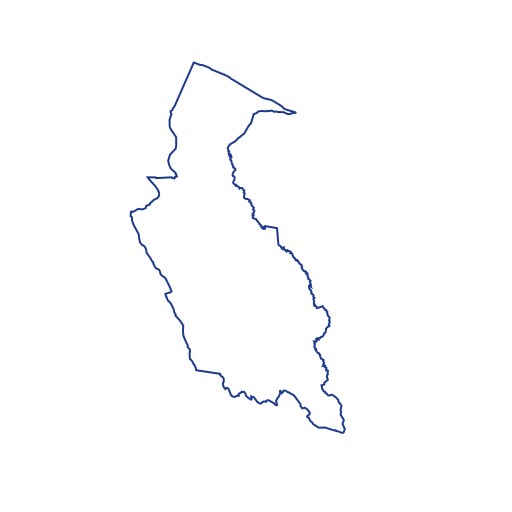 outline of Bakan, Pouthisat, Cambodia, rotated 146°
{"feature_id": "14789045B65386681247425", "entity_name": "Bakan", "entity_type": "district", "adm_level": 2, "iso_a3": "KHM", "parent_name": "Cambodia", "parent_adm1": "Pouthisat", "projection": "equal_earth", "projection_center": [103.706, 12.696], "detail": "fine", "context": "isolated", "style": "outline", "palette": "blue", "viewbox_px": 512, "rotation_deg": 146, "n_neighbors": 0, "source": "geoboundaries", "source_scale": "gbopen_adm2", "svg_char_len": 6132}
<svg xmlns="http://www.w3.org/2000/svg" viewBox="0 0 512 512"><g transform="rotate(146 256 256)"><path d="M232.8,312.1L230.5,314.0L230.6,315.6L229.0,316.9L229.7,318.5L229.3,319.9L230.8,321.0L232.0,321.1L231.6,322.9L232.3,323.8L232.5,325.1L233.5,325.4L233.0,326.5L233.5,327.0L234.1,328.9L233.4,330.3L231.1,331.4L229.9,332.9L229.6,334.1L230.3,335.0L230.4,335.7L229.1,337.5L226.1,338.8L225.3,338.6L224.5,339.4L224.6,340.7L225.4,342.1L224.6,342.9L224.8,343.2L224.7,344.6L224.0,345.8L224.2,346.7L223.2,348.6L223.4,350.1L222.9,350.4L223.0,351.1L221.9,352.7L221.0,351.8L220.7,352.2L220.6,353.3L221.5,354.0L220.4,354.2L220.4,354.7L221.5,355.6L221.4,356.2L220.0,357.5L220.3,357.7L220.3,358.5L219.7,358.8L219.3,361.1L217.3,362.4L214.9,363.1L209.1,362.7L205.5,363.5L197.3,364.1L189.1,368.1L186.2,368.7L179.5,374.0L178.8,374.9L175.1,374.1L173.8,374.6L171.1,373.6L166.5,370.2L165.0,369.8L163.9,368.6L162.0,368.0L160.0,365.2L158.2,364.3L157.1,362.9L152.8,359.9L150.5,356.2L149.3,355.1L144.8,353.6L142.6,352.2L143.6,353.9L148.3,359.4L150.5,362.7L150.5,364.2L151.6,367.3L155.1,375.0L156.5,377.3L161.3,382.4L162.5,384.6L177.4,416.6L178.3,419.5L180.3,423.1L188.4,435.2L189.5,438.4L193.8,444.4L195.4,445.6L199.4,451.2L239.7,425.7L242.7,424.7L243.9,423.7L245.9,423.8L246.6,422.6L246.6,421.1L251.6,417.2L255.3,411.3L255.7,409.5L255.8,399.1L260.3,392.3L262.6,389.9L270.6,388.1L275.5,384.1L277.0,380.4L277.7,376.0L276.3,370.4L276.4,368.6L276.8,368.6L276.6,367.9L277.2,366.2L279.1,366.9L280.1,365.9L280.9,366.4L281.7,367.5L281.8,368.3L295.2,376.4L295.1,377.2L301.8,381.8L301.7,379.0L300.4,370.5L300.4,365.3L301.0,362.8L302.1,360.8L303.9,359.5L305.4,359.2L309.6,359.6L315.0,358.7L315.5,358.0L318.8,359.0L320.8,357.4L324.2,358.2L327.3,360.9L333.4,361.4L334.4,362.6L335.0,362.6L337.6,359.3L337.2,357.4L338.9,354.9L340.1,349.7L341.1,339.6L343.3,335.4L344.5,331.9L344.4,329.1L343.6,327.8L343.0,325.8L343.5,322.7L344.9,319.9L344.7,313.0L345.1,310.4L344.7,308.5L345.4,306.8L345.9,302.8L345.7,301.4L344.4,299.7L344.1,298.3L344.4,296.6L345.4,293.8L343.5,288.3L344.9,277.6L345.9,273.9L346.9,273.7L352.2,275.2L352.2,274.8L353.2,273.2L353.2,271.3L353.8,269.3L353.8,267.2L353.2,266.3L353.2,263.8L354.0,258.0L355.2,255.2L355.3,252.5L356.2,251.6L355.8,250.2L355.2,245.5L355.1,240.7L355.4,238.7L358.6,234.5L360.8,230.4L362.2,223.3L362.4,220.4L363.5,219.0L363.6,218.1L363.1,215.9L363.7,214.3L365.3,212.7L368.3,207.8L367.8,205.4L367.8,202.6L368.3,201.2L368.0,200.1L368.6,196.7L369.4,194.7L350.9,177.7L352.1,178.2L352.3,177.8L352.0,175.7L351.2,173.8L351.4,172.4L352.9,169.9L354.2,169.3L355.4,167.5L356.1,165.4L355.8,162.9L355.0,163.4L354.2,163.2L353.0,161.4L354.4,155.2L354.4,153.8L353.5,152.1L352.2,150.9L349.5,150.7L348.6,149.7L347.7,151.0L346.7,151.4L344.7,151.1L343.8,151.5L343.4,150.8L341.8,150.1L341.7,148.1L342.4,145.6L341.8,142.9L340.7,140.1L340.1,139.6L339.6,139.8L338.5,142.3L337.1,140.5L336.7,139.8L336.5,134.3L335.4,131.7L334.1,130.8L332.7,131.3L330.7,131.0L329.2,129.6L328.1,130.3L326.3,129.5L323.4,123.8L323.2,121.8L322.2,120.6L321.8,120.7L321.8,121.7L321.1,122.4L320.5,124.5L317.6,126.2L315.4,126.8L312.4,129.0L311.5,130.7L311.2,130.6L311.4,127.9L309.7,128.1L308.6,129.0L307.2,128.2L305.4,124.7L304.7,124.2L304.5,123.1L302.6,119.7L302.4,118.7L302.0,108.5L303.0,106.7L302.9,103.8L300.4,102.9L299.2,100.3L299.1,96.5L299.4,95.4L300.7,94.8L303.1,94.6L303.6,93.9L302.7,92.5L303.2,89.2L303.1,88.2L302.5,86.9L302.6,84.6L300.0,78.6L294.6,75.1L288.7,67.7L287.4,67.0L287.6,66.4L285.5,64.1L283.7,61.3L282.8,60.8L281.6,61.0L279.1,62.9L278.2,68.1L277.3,69.2L275.4,70.3L274.8,71.3L274.7,77.0L272.9,78.7L272.0,81.0L268.7,84.3L269.1,89.2L268.2,90.8L269.0,94.7L270.6,98.5L272.0,99.2L273.0,99.1L274.2,100.2L274.3,102.2L275.1,103.9L274.7,104.5L274.8,105.1L275.3,105.7L275.5,106.9L275.2,109.6L274.7,110.1L274.0,112.2L271.2,111.3L270.2,112.7L265.7,113.2L264.7,116.4L263.7,117.4L262.7,117.6L261.8,119.4L260.6,120.4L260.6,121.1L261.8,122.1L260.2,123.8L260.1,124.1L261.1,124.9L261.1,125.4L260.1,126.5L261.5,127.2L260.9,127.3L261.2,128.3L259.4,129.3L258.9,131.4L258.2,131.9L258.8,132.9L258.7,133.8L259.5,134.6L258.7,137.6L258.2,138.1L258.5,139.6L258.1,139.9L259.0,141.5L259.1,142.4L259.1,144.4L258.5,144.7L258.9,145.8L258.3,145.9L258.6,147.2L258.4,148.3L257.4,148.8L257.1,149.7L256.3,150.1L256.4,150.8L255.7,152.8L253.9,151.3L253.4,152.1L252.6,152.0L252.5,153.6L251.3,153.5L250.7,152.1L250.3,153.0L249.2,152.1L247.5,152.6L245.9,151.9L243.4,153.0L243.0,153.8L241.4,153.7L240.5,154.3L238.5,156.6L236.1,157.2L235.6,156.9L234.2,157.0L234.1,158.4L232.6,159.2L232.3,159.9L231.4,160.5L231.5,161.6L229.4,163.7L229.7,167.0L229.2,167.5L228.8,169.1L228.2,169.7L228.5,170.0L228.1,171.5L228.1,172.2L229.0,173.1L228.6,174.7L229.1,175.8L228.8,177.1L234.5,178.6L234.7,179.1L234.2,179.5L234.4,180.7L235.5,182.3L234.3,182.9L234.8,183.9L232.8,186.7L232.4,188.3L231.0,188.6L231.3,190.0L230.4,191.0L230.3,191.7L231.1,194.1L230.1,194.9L230.1,195.9L229.6,197.4L230.1,198.6L229.9,199.4L228.8,201.6L228.2,201.7L227.6,200.0L227.4,200.8L226.6,201.2L226.0,204.3L225.0,204.5L224.7,204.9L224.9,207.0L225.5,208.0L224.4,209.2L224.6,210.8L223.1,212.2L223.1,212.7L224.3,213.3L224.2,214.3L223.5,214.3L223.3,214.8L223.9,216.3L224.6,216.7L224.8,217.9L224.9,220.1L224.3,221.4L223.8,221.4L223.3,223.4L224.0,224.7L224.2,226.0L223.9,227.9L224.2,229.9L224.5,230.2L224.9,229.5L225.5,230.5L225.0,232.2L225.7,234.3L224.6,237.8L226.0,239.2L224.9,239.8L224.9,240.3L226.0,241.9L226.9,242.2L226.6,243.0L227.0,243.6L227.7,243.9L228.4,243.3L229.0,246.1L228.4,246.6L228.5,247.0L228.1,247.7L229.9,248.0L229.7,247.6L230.2,247.3L230.2,250.8L231.1,252.1L230.7,253.6L223.0,267.3L231.7,275.7L232.2,275.4L233.1,275.7L233.3,275.3L232.7,274.3L233.3,273.6L234.0,273.9L233.7,274.6L234.2,275.1L234.9,274.8L235.3,275.5L234.9,276.8L235.2,277.3L235.2,278.3L234.6,278.5L235.3,280.5L235.0,281.4L235.5,285.3L235.3,286.6L237.3,289.1L236.4,291.3L235.9,291.5L235.4,291.0L235.0,291.3L235.5,291.9L235.3,292.8L232.7,293.6L232.0,294.8L232.5,296.1L230.8,297.2L231.3,300.6L230.7,301.5L230.9,303.0L230.1,303.8L230.2,304.4L231.1,305.1L230.1,305.9L230.8,307.5L231.7,308.6L232.4,308.8L233.3,310.6L232.8,312.1Z" fill="none" stroke="#1e3a8a" stroke-width="2"/></g></svg>